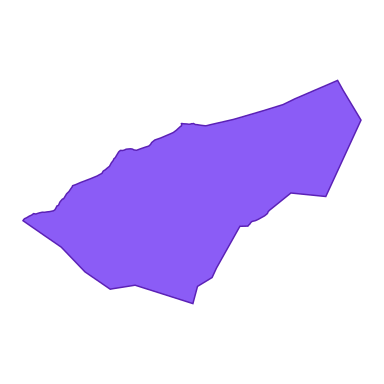 outline of Tu'rgen, Uvs, Mongolia
{"feature_id": "93677404B55143611741372", "entity_name": "Tu'rgen", "entity_type": "district", "adm_level": 2, "iso_a3": "MNG", "parent_name": "Mongolia", "parent_adm1": "Uvs", "projection": "mercator", "projection_center": [91.364, 50.028], "detail": "fine", "context": "isolated", "style": "filled", "palette": "violet", "viewbox_px": 384, "rotation_deg": 0, "n_neighbors": 0, "source": "geoboundaries", "source_scale": "gbopen_adm2", "svg_char_len": 1792}
<svg xmlns="http://www.w3.org/2000/svg" viewBox="0 0 384 384"><path d="M192.9,303.6L197.5,286.4L212.1,277.5L216.5,268.0L239.9,226.3L247.9,226.1L248.6,225.2L249.0,224.8L249.7,224.2L250.4,223.1L251.0,222.3L252.0,221.5L253.4,221.1L254.9,220.8L256.0,220.4L257.5,219.7L259.1,218.9L261.2,217.7L264.5,215.9L266.0,214.7L266.9,214.0L267.6,213.1L268.2,211.6L269.8,210.0L271.7,208.5L290.9,193.0L325.8,196.5L361.0,120.1L343.1,90.3L337.6,80.4L295.1,98.7L283.0,104.6L261.9,111.1L233.5,119.4L210.4,124.7L206.9,125.6L205.5,125.8L201.2,125.3L198.5,124.9L196.9,124.6L195.7,124.6L194.9,124.3L193.5,123.5L192.7,123.7L191.5,123.7L190.7,124.0L189.6,124.2L188.4,124.2L187.3,124.0L185.9,123.9L183.9,123.8L183.0,123.7L182.4,123.6L182.0,123.5L181.7,123.5L181.4,123.6L181.4,123.9L181.5,124.1L181.7,124.3L181.7,124.6L181.7,125.0L181.4,125.5L181.4,125.9L180.3,126.6L178.1,128.6L176.4,130.2L173.3,132.5L170.9,133.6L164.6,136.3L160.6,138.0L154.8,140.0L151.7,142.5L150.5,144.5L148.7,146.1L145.7,147.0L140.2,148.9L136.5,150.3L133.9,149.9L132.5,149.1L130.8,148.8L129.1,148.9L126.1,149.2L124.3,150.1L122.6,150.5L120.4,150.4L118.7,151.9L116.5,155.5L115.3,157.6L113.9,158.8L113.2,160.5L111.4,162.8L109.5,166.3L107.1,168.2L105.4,169.7L103.3,171.0L102.5,172.3L101.9,173.4L99.0,174.9L97.3,175.9L90.8,178.6L80.8,182.4L75.7,184.6L72.6,185.7L72.2,186.8L70.5,189.2L69.0,191.5L66.6,193.8L64.7,197.0L63.5,198.9L62.5,199.0L61.0,200.7L59.8,202.2L58.7,204.9L58.0,205.6L57.0,205.9L56.2,207.4L55.8,208.3L54.7,210.0L53.4,210.8L51.6,211.2L49.7,211.6L47.8,211.8L47.0,211.9L44.5,212.3L42.3,212.2L39.6,212.8L37.3,213.5L35.9,214.0L33.6,213.6L31.6,215.1L29.3,216.1L26.5,217.8L24.7,218.6L23.7,219.5L23.0,220.7L45.2,236.1L61.2,247.1L85.0,271.9L110.2,289.2L112.9,288.7L135.1,285.2L192.9,303.6Z" fill="#8b5cf6" stroke="#5b21b6" stroke-width="1.5"/></svg>